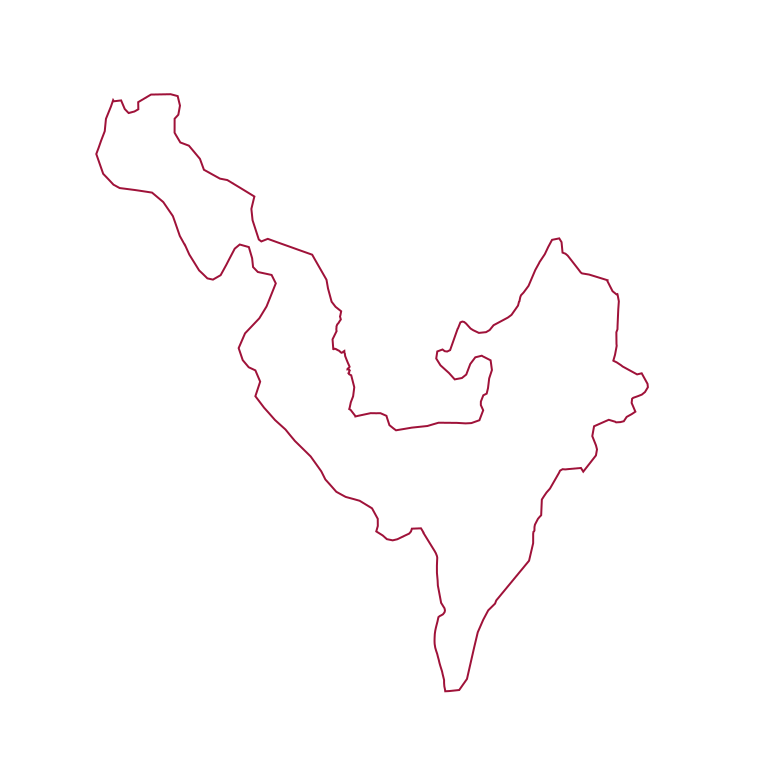 outline of Ibb, Ibb, Yemen, rotated 174°
{"feature_id": "15242507B92318090783838", "entity_name": "Ibb", "entity_type": "district", "adm_level": 2, "iso_a3": "YEM", "parent_name": "Yemen", "parent_adm1": "Ibb", "projection": "equal_earth", "projection_center": [44.175, 13.992], "detail": "fine", "context": "isolated", "style": "outline", "palette": "rose", "viewbox_px": 768, "rotation_deg": 174, "n_neighbors": 0, "source": "geoboundaries", "source_scale": "gbopen_adm2", "svg_char_len": 5540}
<svg xmlns="http://www.w3.org/2000/svg" viewBox="0 0 768 768"><g transform="rotate(174 384 384)"><path d="M413.9,383.9L415.7,396.1L415.9,396.2L417.6,397.3L418.2,398.4L417.6,398.7L417.4,399.2L417.4,399.9L417.1,400.9L416.7,401.0L416.8,401.3L417.0,401.7L417.8,402.2L417.9,402.4L418.4,402.4L418.8,402.4L418.7,402.7L418.6,403.0L418.1,403.3L417.7,403.5L417.4,403.6L416.4,404.7L416.4,404.8L416.9,406.3L417.9,409.4L418.3,410.8L418.8,412.5L419.3,414.4L419.5,415.1L419.6,415.3L419.7,415.9L419.7,416.7L419.8,417.1L419.8,417.3L419.7,417.7L419.7,418.1L419.9,418.6L420.1,419.5L420.0,420.7L420.0,421.0L420.4,420.8L420.6,420.7L420.8,420.6L421.0,420.5L421.2,420.4L421.3,420.2L421.5,420.0L421.7,419.9L421.9,419.8L422.0,419.8L422.4,419.7L422.5,419.6L422.9,419.5L423.0,419.6L423.3,419.7L423.4,419.8L423.7,420.1L423.9,420.3L424.0,420.4L424.1,420.6L424.3,420.7L424.5,421.0L424.9,421.5L425.2,421.8L425.5,421.9L426.3,422.4L426.7,422.8L426.9,422.9L427.3,423.1L427.6,423.2L427.8,423.5L428.0,423.6L428.2,423.8L428.4,423.9L428.7,424.0L429.0,424.1L429.3,424.2L429.6,424.3L429.9,424.4L430.2,424.3L430.3,424.2L430.4,423.9L430.6,423.9L430.8,424.0L430.5,433.8L425.6,441.6L425.7,442.0L425.7,443.1L425.6,444.1L425.4,444.7L425.3,445.7L425.2,446.3L424.6,447.5L424.3,448.1L423.1,449.2L422.8,449.5L421.6,451.1L420.6,452.2L420.2,452.7L420.7,455.8L420.2,456.9L419.0,460.8L424.1,465.8L427.5,471.3L429.7,484.9L430.3,493.7L440.0,515.7L441.9,520.1L455.5,526.6L463.6,530.5L474.7,535.8L484.4,540.5L491.1,538.6L493.4,540.8L497.6,560.6L497.6,572.0L493.8,582.7L493.3,584.0L505.3,593.2L518.5,603.2L525.7,605.4L532.3,610.0L540.7,615.9L543.5,627.1L550.4,637.4L553.1,641.4L561.3,645.5L564.9,653.3L566.0,655.8L564.5,669.7L560.4,673.3L557.8,682.2L559.1,691.9L565.9,694.5L585.5,696.2L599.0,690.0L599.6,682.9L603.7,681.1L609.7,680.2L613.1,684.6L615.8,693.5L623.1,693.4L623.7,694.6L626.5,688.6L632.8,676.8L635.3,664.6L640.0,655.4L643.1,648.8L646.1,642.8L643.8,633.0L641.3,622.4L636.5,616.2L632.2,610.5L626.4,606.5L621.7,605.4L611.6,603.0L606.5,601.7L594.7,598.6L591.6,595.4L584.5,588.0L576.4,573.0L574.9,566.8L571.6,552.6L567.4,542.7L567.3,542.8L564.1,533.1L559.7,524.0L556.0,516.3L552.9,512.7L548.6,507.5L543.2,505.7L535.1,509.3L528.3,519.1L525.5,523.4L521.5,529.4L518.3,534.2L512.9,537.8L504.1,534.3L502.0,522.8L502.0,514.0L497.8,508.6L484.4,504.2L481.1,495.4L489.3,479.8L492.7,473.4L501.1,462.4L510.1,454.7L516.9,448.9L524.8,434.9L522.0,422.5L516.8,414.8L510.5,411.0L506.9,399.3L513.2,385.3L508.9,378.2L505.7,372.9L501.5,367.1L496.2,359.6L486.7,349.0L483.2,343.6L478.6,336.7L464.5,319.6L461.5,314.3L455.5,303.7L452.3,295.2L447.6,288.7L442.7,281.8L437.7,278.3L433.9,275.7L425.9,272.6L423.4,271.6L420.4,270.4L417.0,267.8L408.9,261.6L404.3,250.6L405.0,243.4L407.1,238.2L401.1,233.5L397.4,229.4L391.7,227.6L387.0,228.2L379.2,231.0L374.6,232.6L372.6,234.5L371.4,237.2L362.3,236.6L360.2,232.1L360.4,231.9L351.7,213.8L351.2,212.8L350.1,210.2L349.3,207.2L349.2,205.6L349.7,202.4L350.4,197.5L351.1,190.6L351.2,183.2L351.5,177.9L351.1,173.2L350.1,160.8L350.1,160.4L349.0,158.2L348.5,157.1L348.0,156.1L347.3,154.7L347.1,153.2L347.1,152.1L347.7,150.6L349.4,148.8L351.2,148.0L352.8,147.4L354.2,146.5L354.6,145.4L355.6,142.3L356.8,139.1L357.9,136.1L358.8,133.3L359.6,130.1L360.2,126.3L360.6,123.2L360.8,120.2L360.6,116.4L360.0,113.1L359.3,110.0L358.9,107.1L358.4,104.1L358.0,100.9L357.5,98.0L356.9,95.0L356.3,92.1L356.0,89.2L355.6,86.3L355.2,83.3L355.5,80.3L355.6,77.0L355.3,74.1L355.2,72.0L351.3,71.8L341.2,71.8L332.3,82.0L327.6,95.8L321.9,112.5L316.7,127.3L314.3,131.5L310.0,139.1L304.0,148.0L296.5,154.0L295.0,157.0L258.2,193.1L252.3,210.1L251.3,219.4L250.8,221.4L250.1,221.9L249.7,222.6L249.3,226.0L248.6,228.3L247.3,230.3L245.0,233.8L242.9,235.8L241.8,236.7L241.4,237.1L239.1,252.6L236.7,255.6L233.8,259.0L233.4,259.4L229.9,262.6L219.2,277.4L218.0,279.4L215.3,280.6L212.6,280.1L208.9,280.1L196.9,279.9L195.0,276.0L180.7,290.8L179.0,296.7L179.6,300.8L182.3,310.4L179.5,320.0L167.7,323.8L164.2,324.9L158.0,322.3L157.2,321.6L152.9,321.4L149.4,321.9L146.1,325.9L140.7,328.2L136.9,330.2L139.7,339.3L138.8,343.4L137.6,344.2L133.0,345.3L128.7,346.5L125.3,348.7L121.9,353.2L121.9,356.6L126.6,367.7L131.3,367.1L144.9,376.5L146.2,377.8L150.3,381.2L153.4,383.1L153.5,383.2L151.2,388.9L148.6,397.6L148.6,399.6L147.5,411.2L146.1,414.0L145.6,417.8L143.2,433.8L141.8,441.7L142.3,447.7L142.3,447.9L142.5,449.0L143.4,448.8L147.0,452.4L151.1,463.1L150.8,463.8L159.9,467.7L168.6,471.4L175.5,473.3L176.7,474.4L178.8,477.9L186.2,489.8L187.9,492.5L189.9,494.6L192.7,496.0L192.6,506.5L194.5,510.5L201.8,509.8L206.3,503.2L210.5,496.3L216.8,488.7L217.0,488.2L221.6,481.6L230.0,466.5L235.6,460.4L238.5,457.9L239.4,456.1L240.7,452.0L241.1,451.8L242.5,448.0L250.0,439.4L253.9,437.1L268.9,431.0L273.3,426.6L277.1,424.9L284.3,424.9L289.7,428.2L292.1,430.1L296.1,435.6L297.8,437.3L299.6,437.9L301.6,437.3L304.7,431.4L305.0,431.2L314.7,410.8L317.8,409.7L320.2,410.3L322.2,412.2L327.6,410.8L329.4,403.9L325.9,396.7L318.2,388.1L313.2,381.2L305.9,381.8L301.2,384.8L296.1,394.9L290.4,401.0L283.8,401.9L282.8,401.2L282.7,401.4L282.7,401.1L275.5,396.4L275.2,386.6L278.8,378.6L281.0,369.0L282.9,363.7L286.4,362.4L289.5,356.4L289.9,352.9L288.1,347.5L292.9,338.0L301.2,336.0L306.9,336.3L315.5,337.7L326.9,339.0L333.7,339.8L340.4,338.6L345.2,337.7L356.7,337.7L360.9,337.7L368.7,337.2L376.9,336.7L379.4,339.0L382.9,342.5L384.4,349.4L384.9,352.1L390.5,355.3L395.4,355.8L400.3,356.4L412.6,355.1L415.9,354.7L416.0,355.4L419.9,361.7L421.2,362.7L420.6,364.1L418.9,369.3L416.0,375.0L413.9,383.9Z" fill="none" stroke="#9f1239" stroke-width="2"/></g></svg>